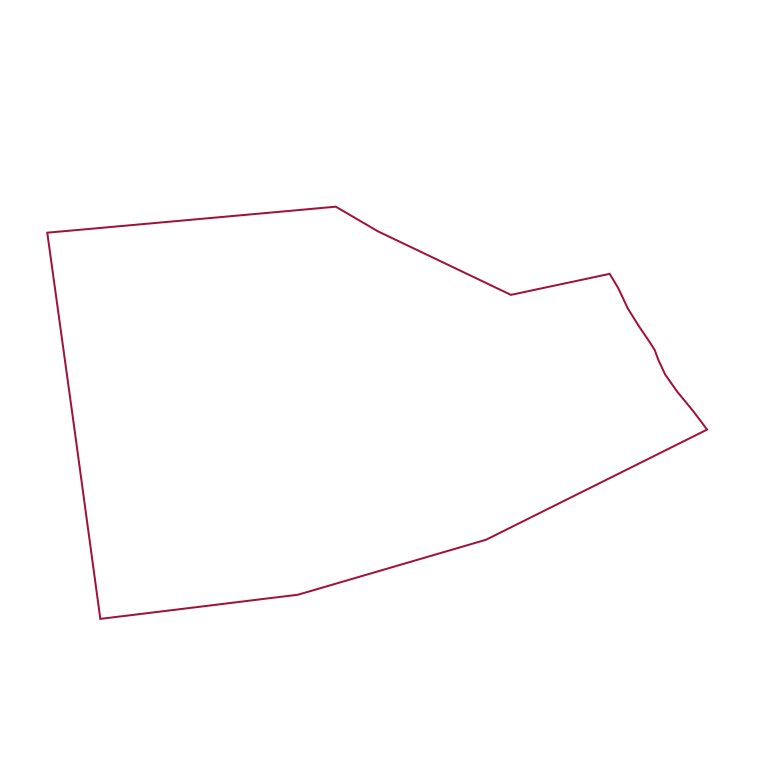 outline of Shaykh Zuwayd, Shamal Sina', Egypt, rotated 82°
{"feature_id": "37247803B84548629991625", "entity_name": "Shaykh Zuwayd", "entity_type": "district", "adm_level": 2, "iso_a3": "EGY", "parent_name": "Egypt", "parent_adm1": "Shamal Sina'", "projection": "natural_earth1", "projection_center": [33.964, 30.921], "detail": "fine", "context": "isolated", "style": "outline", "palette": "rose", "viewbox_px": 768, "rotation_deg": 82, "n_neighbors": 0, "source": "geoboundaries", "source_scale": "gbopen_adm2", "svg_char_len": 449}
<svg xmlns="http://www.w3.org/2000/svg" viewBox="0 0 768 768"><g transform="rotate(82 384 384)"><path d="M385.0,696.8L577.1,697.6L580.1,531.0L580.7,498.6L552.4,304.6L475.3,74.0L474.1,70.4L454.4,81.3L432.4,94.7L413.7,104.3L397.8,109.1L388.0,111.2L378.4,115.6L361.7,123.8L342.7,132.2L322.2,138.5L306.3,145.2L310.7,207.6L313.4,245.9L232.1,368.6L202.4,406.2L201.7,407.1L187.3,696.4L385.0,696.8Z" fill="none" stroke="#9f1239" stroke-width="2"/></g></svg>